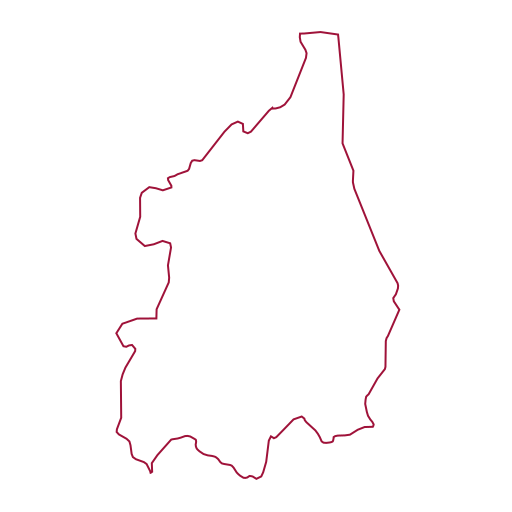 Saarland, Natural Earth projection, rotated 89°
{"feature_id": "DEU-1581", "entity_name": "Saarland", "entity_type": "State", "adm_level": 1, "iso_a3": "DEU", "parent_name": "Germany", "parent_adm1": "", "projection": "natural_earth1", "projection_center": [7.056, 49.367], "detail": "fine", "context": "isolated", "style": "outline", "palette": "rose", "viewbox_px": 512, "rotation_deg": 89, "n_neighbors": 0, "source": "natural_earth", "source_scale": "10m", "svg_char_len": 2540}
<svg xmlns="http://www.w3.org/2000/svg" viewBox="0 0 512 512"><g transform="rotate(89 256 256)"><path d="M34.4,208.1L34.4,204.1L33.2,187.6L36.0,170.1L39.3,169.8L96.0,165.5L144.9,167.5L172.4,157.1L182.5,157.8L184.1,157.8L190.5,156.5L253.1,132.6L285.7,114.9L288.2,114.4L291.0,114.7L296.7,116.8L300.5,119.5L303.7,119.0L312.2,113.6L338.3,125.5L340.4,126.9L343.3,127.7L369.1,128.5L371.3,129.1L380.5,136.6L396.2,145.8L397.5,147.3L398.6,148.3L401.3,148.9L405.8,149.4L413.8,147.9L417.7,146.8L421.4,144.6L423.9,142.6L426.4,141.3L427.7,141.6L428.8,142.2L428.9,150.4L431.5,157.3L436.3,165.2L436.9,170.2L437.0,177.4L437.5,180.0L438.4,181.5L440.1,181.7L441.8,182.1L442.7,182.5L443.3,183.6L443.7,185.3L444.1,189.1L443.8,191.8L442.5,193.6L438.2,195.4L434.9,197.2L431.4,199.7L423.1,208.5L421.0,210.1L419.4,210.5L417.3,213.1L420.0,221.3L430.2,231.5L437.5,238.9L438.5,241.3L438.1,241.7L437.9,242.2L437.5,242.8L436.6,244.2L440.8,246.4L462.0,249.4L472.4,252.6L476.5,254.6L478.8,259.5L476.4,263.2L476.1,264.4L475.8,266.3L477.3,268.6L477.7,270.5L477.5,272.4L475.4,275.7L473.8,277.5L472.1,279.1L467.2,282.1L465.2,283.9L464.5,285.5L463.4,291.5L462.8,293.7L461.4,295.3L458.5,297.3L457.4,298.5L456.2,300.0L455.6,301.7L455.1,303.7L454.5,307.7L453.1,311.9L450.3,315.9L449.1,317.2L448.3,318.0L447.5,318.6L446.6,319.0L445.4,319.4L443.5,319.6L442.8,319.5L442.5,319.4L442.1,319.3L441.4,319.2L440.4,319.1L438.9,319.3L438.6,319.5L437.9,320.5L435.3,324.9L434.7,327.5L434.8,330.0L436.3,334.4L437.1,337.5L437.8,342.8L438.1,344.0L453.3,358.0L461.3,363.8L469.9,363.6L470.8,364.9L470.9,365.2L469.2,365.6L462.1,369.0L460.1,371.7L457.1,379.6L454.9,382.6L451.7,383.8L443.0,384.8L439.2,385.8L436.5,388.6L432.0,396.2L429.5,398.4L426.8,398.1L415.4,393.6L378.7,393.3L372.0,391.4L365.3,388.5L349.0,378.5L346.7,378.3L342.8,381.5L343.2,384.5L344.5,387.3L343.9,390.1L330.8,397.0L321.4,390.8L316.5,375.9L316.7,356.7L307.5,356.3L280.9,343.7L276.2,343.2L263.8,344.2L246.0,340.8L241.8,341.6L239.3,349.2L242.5,358.0L244.1,367.0L236.8,375.2L231.4,376.2L214.8,371.1L195.8,370.9L190.8,369.1L185.3,361.5L186.5,354.9L188.7,348.0L186.0,339.4L184.3,339.4L178.6,342.5L176.7,342.7L175.6,340.8L174.7,336.5L174.2,335.3L172.9,333.0L169.6,322.9L167.8,321.4L161.9,319.6L159.6,318.1L159.1,315.9L160.0,310.4L159.3,308.1L131.1,285.3L124.0,278.1L121.3,271.8L123.7,266.8L131.2,266.5L133.1,262.1L131.6,258.9L111.0,240.6L108.1,237.0L108.9,236.7L108.8,233.7L107.7,229.2L105.1,224.7L97.8,218.8L58.8,202.6L54.1,201.9L50.7,203.0L42.6,207.7L38.0,208.4L34.4,208.1Z" fill="none" stroke="#9f1239" stroke-width="2"/></g></svg>